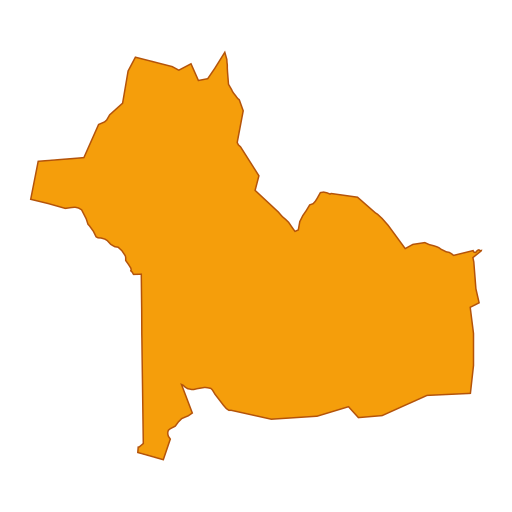 Santa Catarina Zapoquila, Oaxaca, Mexico
{"feature_id": "50627088B71795899371071", "entity_name": "Santa Catarina Zapoquila", "entity_type": "district", "adm_level": 2, "iso_a3": "MEX", "parent_name": "Mexico", "parent_adm1": "Oaxaca", "projection": "mercator", "projection_center": [-97.553, 18.025], "detail": "fine", "context": "isolated", "style": "filled", "palette": "amber", "viewbox_px": 512, "rotation_deg": 0, "n_neighbors": 0, "source": "geoboundaries", "source_scale": "gbopen_adm2", "svg_char_len": 2468}
<svg xmlns="http://www.w3.org/2000/svg" viewBox="0 0 512 512"><path d="M163.3,459.7L170.3,439.1L168.4,436.3L167.8,434.2L167.8,432.0L168.4,430.2L170.3,428.7L175.3,426.1L178.3,422.0L181.7,418.6L185.1,417.1L188.3,415.8L192.3,413.0L181.5,384.5L183.1,385.2L185.0,387.0L187.7,388.7L189.5,389.0L191.6,389.5L193.8,389.5L197.0,388.7L204.8,387.4L208.0,387.8L210.8,388.4L212.3,389.8L213.8,392.2L214.9,394.1L223.4,405.2L225.4,407.5L225.6,407.8L226.8,408.9L228.9,410.3L231.2,410.3L271.3,419.2L317.1,416.2L348.5,406.7L358.4,417.6L382.1,415.6L402.5,406.4L427.0,395.4L469.8,393.4L470.4,393.3L473.5,365.5L473.5,333.5L470.2,307.3L479.1,302.8L475.9,288.8L473.8,262.0L472.9,257.6L480.8,251.2L481.2,250.8L481.3,250.5L480.8,250.6L480.0,250.6L479.6,250.4L479.3,250.0L478.7,250.0L478.6,249.9L478.2,250.0L477.6,250.4L477.3,250.6L477.0,250.8L476.9,251.1L476.5,251.4L476.3,251.8L475.9,252.1L475.5,252.4L475.2,252.4L474.8,252.4L474.4,252.3L473.9,252.0L473.7,251.8L473.5,251.5L473.2,251.2L473.2,250.9L473.1,250.6L453.6,255.4L451.6,253.8L449.2,252.4L446.2,251.8L443.2,250.3L441.1,249.3L438.9,247.7L436.9,246.8L433.9,245.8L429.2,244.6L424.8,242.6L412.9,244.4L405.2,248.6L388.1,225.3L382.1,218.5L377.5,214.2L375.4,212.9L357.5,197.2L331.1,193.5L330.1,194.1L326.9,192.8L323.6,192.1L320.4,192.6L318.8,195.4L317.2,198.3L315.3,201.3L313.1,203.7L309.7,204.9L306.2,210.7L302.8,215.6L299.8,221.6L298.3,229.9L295.0,231.4L293.0,228.7L291.4,226.4L288.6,222.3L285.5,219.3L282.4,216.7L280.6,214.7L278.3,212.0L255.1,190.4L258.9,175.8L240.5,146.8L238.4,144.9L237.2,142.5L243.2,110.8L239.6,100.7L239.1,99.6L237.9,98.7L236.5,97.0L235.7,95.8L234.8,94.7L233.4,92.9L232.3,91.2L231.7,89.8L228.5,84.3L227.5,71.8L227.3,68.1L227.3,64.9L227.0,62.6L226.8,59.4L224.8,52.3L214.7,68.5L207.7,78.7L198.4,80.5L191.0,63.8L178.8,70.2L172.2,66.6L135.4,57.2L128.1,71.0L122.6,103.2L109.7,114.8L106.7,120.0L104.6,121.9L98.6,124.5L83.9,157.6L78.2,158.1L38.2,161.3L30.7,199.3L48.4,203.6L65.3,208.4L70.9,207.6L75.0,207.2L78.5,208.0L81.6,209.8L86.2,218.8L88.0,224.3L89.5,225.9L93.4,231.3L96.1,236.8L98.0,237.8L101.0,238.0L104.9,239.1L107.3,240.6L110.7,244.3L112.5,245.4L114.8,246.7L118.1,247.2L121.9,250.7L125.3,255.8L125.7,257.6L125.7,260.5L128.6,264.6L130.8,268.1L131.2,270.0L130.8,270.6L131.1,271.2L132.2,272.1L133.5,274.4L141.3,274.2L141.6,302.0L141.7,310.3L141.8,331.8L141.8,333.5L141.9,338.5L142.1,355.8L142.8,406.4L143.3,443.5L139.3,446.9L138.2,447.1L137.8,452.5L163.3,459.7Z" fill="#f59e0b" stroke="#b45309" stroke-width="1.5"/></svg>